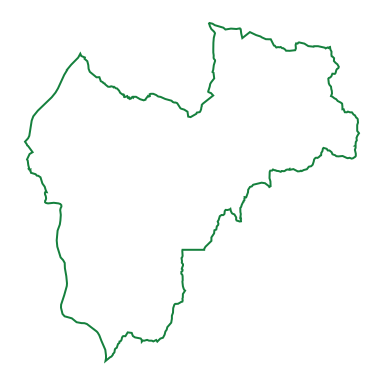 outline of Envigado, Antioquia, Colombia
{"feature_id": "7082276B11340902680280", "entity_name": "Envigado", "entity_type": "district", "adm_level": 2, "iso_a3": "COL", "parent_name": "Colombia", "parent_adm1": "Antioquia", "projection": "equal_earth", "projection_center": [-75.537, 6.148], "detail": "fine", "context": "isolated", "style": "outline", "palette": "green", "viewbox_px": 384, "rotation_deg": 0, "n_neighbors": 0, "source": "geoboundaries", "source_scale": "gbopen_adm2", "svg_char_len": 5860}
<svg xmlns="http://www.w3.org/2000/svg" viewBox="0 0 384 384"><path d="M352.9,158.3L355.3,156.7L355.8,155.9L355.8,153.7L354.9,149.8L355.6,147.8L355.6,145.9L355.1,145.8L355.5,145.5L355.8,142.0L356.8,140.4L356.5,137.9L357.4,135.7L359.0,133.2L357.2,130.9L357.2,125.0L358.0,122.6L357.7,119.1L357.2,118.3L356.2,117.6L354.9,115.3L353.6,114.6L351.9,112.3L349.9,112.3L347.9,111.6L346.8,112.3L344.8,112.2L343.6,109.2L342.4,109.3L342.4,106.3L342.1,103.6L340.8,102.6L337.7,101.0L336.2,99.2L334.4,98.3L332.4,96.7L331.0,96.1L332.0,93.6L331.8,90.8L331.3,89.1L331.0,86.6L329.5,84.9L328.8,83.3L328.3,78.7L328.8,78.0L330.1,77.5L331.3,76.4L332.4,73.7L334.8,73.9L335.6,72.9L336.3,70.1L337.1,68.9L338.3,68.2L338.8,66.8L337.4,64.3L335.5,62.8L333.9,61.0L334.1,58.2L332.4,56.5L331.7,56.3L331.4,54.7L331.5,51.6L330.4,49.5L330.0,47.0L329.1,47.3L328.5,48.0L327.5,47.5L325.6,48.4L324.9,47.7L318.1,46.2L314.0,46.2L313.7,46.7L308.3,46.1L304.4,43.6L299.0,42.4L298.3,42.7L297.6,43.6L296.1,43.4L295.6,45.0L295.9,48.4L295.2,50.2L289.8,50.8L286.0,50.7L285.2,49.6L283.3,48.2L282.2,48.2L280.7,47.0L279.6,47.3L278.0,47.1L276.3,47.5L274.8,45.7L273.9,45.5L270.8,39.3L265.9,39.2L261.7,37.3L260.6,36.5L256.2,35.1L249.9,32.1L242.3,38.1L241.2,33.4L240.7,29.2L240.0,28.9L239.8,28.4L236.4,29.0L231.0,28.6L225.4,29.5L223.4,27.7L214.9,25.2L212.5,23.7L209.5,23.0L209.0,23.5L209.7,25.3L209.8,26.0L211.3,29.0L214.1,31.7L215.0,33.2L213.8,37.8L213.4,42.7L213.3,49.2L213.3,52.5L213.7,55.4L213.6,57.8L213.8,58.6L215.0,60.1L215.1,60.9L213.8,65.1L213.2,69.9L212.5,72.0L213.5,72.7L214.2,78.4L211.1,82.4L210.2,84.0L209.7,86.7L208.2,91.4L208.2,91.8L209.1,92.4L211.0,93.1L213.2,95.5L202.7,103.8L201.7,105.1L201.8,106.1L201.4,107.2L201.1,109.3L200.3,111.3L199.7,112.1L196.8,112.6L196.3,113.8L190.6,117.1L188.2,116.6L187.5,111.7L184.2,109.6L181.2,108.7L180.4,108.2L177.2,103.2L175.6,102.5L174.1,102.5L172.8,102.0L171.5,100.7L165.3,99.0L160.6,96.9L158.2,96.5L156.1,95.0L153.2,93.8L150.8,93.8L149.7,94.2L149.8,96.2L148.6,96.6L148.0,96.0L145.6,99.1L145.5,99.7L143.7,100.3L140.1,99.2L136.0,96.8L133.9,96.8L133.3,97.6L132.8,96.8L132.3,96.9L131.2,98.4L130.0,98.9L129.5,97.5L129.1,97.3L128.5,97.2L128.3,98.1L127.9,97.9L127.2,96.1L124.7,97.1L124.1,96.9L124.1,95.4L123.9,95.4L123.7,94.8L123.3,94.9L123.2,94.4L122.2,94.3L120.2,92.8L119.1,90.7L117.1,88.5L115.9,88.3L114.1,86.9L113.5,87.3L113.2,86.8L111.1,86.3L110.0,86.8L108.0,86.7L105.1,84.3L104.6,83.4L103.5,83.2L102.8,82.2L100.8,81.2L99.4,77.2L96.5,77.3L89.8,71.8L88.6,68.8L88.3,65.1L87.3,61.2L84.5,58.8L84.9,57.5L81.3,56.0L80.3,53.7L78.2,57.6L71.2,64.7L66.9,69.9L67.1,70.1L64.2,74.9L58.0,88.4L55.5,92.6L51.7,97.3L37.8,110.7L33.3,116.3L31.7,120.6L29.3,135.8L28.1,138.3L25.0,141.7L26.8,144.3L27.2,145.4L28.1,146.0L32.6,152.2L29.6,154.0L27.0,159.5L27.7,160.5L28.3,165.2L29.1,168.2L28.6,168.8L29.1,169.4L29.3,169.2L29.7,169.6L30.3,169.5L30.1,170.1L30.5,170.4L30.4,171.4L30.9,172.0L31.0,172.8L35.6,174.2L36.8,175.6L38.3,175.8L40.5,177.3L42.4,183.5L44.7,186.7L45.7,190.1L46.7,192.2L45.3,192.1L44.9,192.9L45.0,194.3L45.8,196.2L46.1,198.3L45.8,199.7L45.1,200.9L45.1,202.3L46.1,203.0L48.0,203.4L53.8,202.8L58.5,203.4L60.3,204.0L61.3,205.1L61.4,206.7L60.6,208.2L60.2,210.1L60.8,214.9L60.4,220.6L59.8,224.6L57.6,230.6L56.7,240.4L57.3,246.7L60.6,257.4L63.1,260.1L64.7,262.9L64.9,268.2L66.3,276.2L67.0,283.4L66.8,286.0L66.3,287.8L64.2,295.3L61.1,304.7L61.0,307.7L62.5,313.9L64.6,316.3L71.8,318.3L76.6,322.2L81.5,323.1L84.5,323.2L86.9,324.0L96.6,331.4L97.7,332.6L99.3,335.3L101.4,340.8L105.3,349.8L106.0,355.4L106.0,358.4L105.5,361.0L110.1,357.2L111.4,356.6L112.9,354.7L112.9,354.1L114.4,352.4L114.9,349.4L115.3,348.7L116.8,347.7L118.0,344.0L119.3,343.0L119.5,341.5L120.6,341.2L121.5,339.9L122.0,337.7L122.7,336.4L123.4,336.1L125.4,336.2L127.7,332.4L131.7,332.9L132.9,336.0L135.0,337.4L140.7,338.5L141.7,339.9L141.8,341.7L142.9,340.5L144.2,340.7L147.1,339.9L149.1,340.7L151.9,340.7L153.3,341.4L156.2,340.0L157.3,341.6L160.3,338.6L163.0,337.7L164.6,334.7L165.4,331.5L166.7,329.7L167.3,327.2L171.2,322.7L171.9,318.8L171.9,315.7L173.0,312.7L173.2,308.1L174.4,304.6L175.2,303.9L178.0,303.8L181.3,301.9L182.4,301.6L182.7,300.2L182.4,298.8L182.8,297.6L182.9,294.0L185.1,290.6L184.3,289.9L183.7,288.8L182.9,286.2L182.4,281.6L182.7,280.3L182.6,276.1L182.3,274.8L181.3,273.7L181.4,271.7L182.4,271.0L182.6,270.0L182.4,269.4L181.8,269.0L181.8,268.5L183.0,265.5L183.0,264.3L181.8,262.7L182.0,261.0L181.5,258.1L182.0,257.7L182.6,255.9L182.3,250.9L182.5,249.8L204.2,249.8L204.3,248.7L205.5,246.7L211.4,240.9L211.4,237.4L214.1,233.4L214.4,230.3L216.3,229.5L216.8,226.4L218.2,224.9L218.4,223.5L217.7,221.5L218.6,220.1L219.8,216.2L221.5,215.0L223.1,215.1L224.2,214.3L224.5,213.7L224.7,211.2L225.6,209.9L227.5,210.0L229.8,209.4L230.4,208.9L230.9,211.2L231.8,213.0L232.4,213.6L234.4,214.4L236.2,217.4L236.1,219.4L236.6,220.5L239.7,221.5L241.0,221.3L240.8,219.3L240.2,218.2L240.3,217.6L240.8,217.8L240.5,216.4L240.8,214.0L240.4,212.1L240.3,208.0L241.1,207.0L241.8,204.7L243.4,201.5L243.6,201.5L243.7,200.8L244.4,200.3L244.4,198.5L244.7,198.2L244.6,197.1L246.2,197.3L248.0,192.3L248.2,189.7L250.0,186.9L251.8,186.4L253.1,184.8L253.7,184.6L261.6,182.7L265.0,183.2L268.7,186.0L269.3,187.0L270.6,186.2L270.4,181.3L269.5,178.2L269.7,171.9L270.2,170.7L272.2,170.5L273.0,169.5L274.4,170.2L275.7,170.3L276.3,170.8L278.7,171.1L280.8,171.8L281.7,171.0L284.0,171.2L285.5,170.5L286.2,169.8L287.7,169.5L288.6,169.7L289.7,168.9L290.0,169.8L293.4,169.1L297.8,171.4L300.0,171.2L300.9,170.7L301.7,171.1L303.8,170.0L306.9,169.2L308.8,166.7L311.2,166.2L312.7,164.7L313.7,161.6L314.1,159.6L314.8,158.5L316.0,157.7L317.6,157.9L319.3,156.7L320.4,155.5L321.1,155.3L321.3,152.8L322.4,151.2L322.9,148.6L323.5,147.9L326.7,148.8L327.7,150.4L329.5,150.5L331.6,152.2L332.5,154.3L335.3,155.3L336.3,156.2L338.4,156.4L342.6,156.0L346.7,157.9L347.8,158.2L349.6,157.8L351.6,158.6L352.9,158.3Z" fill="none" stroke="#15803d" stroke-width="2"/></svg>